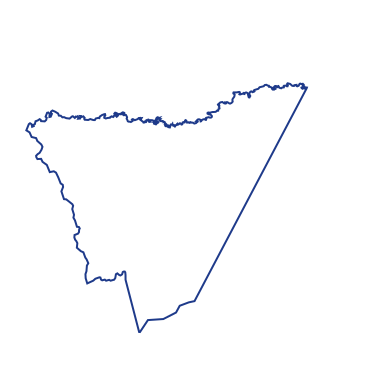 the district of Aceguá, Cerro Largo, Uruguay, rotated 73°
{"feature_id": "84410073B6991751353050", "entity_name": "Aceguá", "entity_type": "district", "adm_level": 2, "iso_a3": "URY", "parent_name": "Uruguay", "parent_adm1": "Cerro Largo", "projection": "equal_earth", "projection_center": [-54.46, -31.833], "detail": "fine", "context": "isolated", "style": "outline", "palette": "blue", "viewbox_px": 384, "rotation_deg": 73, "n_neighbors": 0, "source": "geoboundaries", "source_scale": "gbopen_adm2", "svg_char_len": 5979}
<svg xmlns="http://www.w3.org/2000/svg" viewBox="0 0 384 384"><g transform="rotate(73 192 192)"><path d="M297.1,221.5L126.4,52.1L125.7,51.6L125.4,52.3L125.9,54.0L124.9,54.7L124.8,55.2L125.6,55.8L125.6,56.1L124.6,56.8L124.1,56.8L124.0,56.4L124.6,54.4L124.3,53.6L123.8,53.7L123.7,54.4L123.3,54.8L122.4,54.8L121.9,53.9L120.9,54.4L120.9,55.8L120.1,56.5L120.0,57.4L121.6,59.0L121.7,60.5L121.3,60.9L120.1,60.7L119.8,62.4L119.8,62.9L120.3,63.0L120.4,63.4L120.0,64.6L119.6,65.2L117.4,66.5L116.0,68.7L116.2,69.2L116.7,69.2L117.2,69.8L118.1,69.2L118.8,69.7L118.6,70.4L117.8,70.9L117.3,72.9L117.5,73.3L118.3,73.3L118.8,73.6L118.5,75.2L118.9,76.4L117.9,77.9L115.9,78.4L115.9,78.9L116.7,79.6L116.4,80.1L115.4,80.4L115.0,81.2L115.0,82.0L115.5,82.6L116.0,83.8L116.4,84.0L116.6,83.4L117.1,83.3L117.3,82.9L117.0,82.1L117.6,81.8L117.8,81.9L117.8,82.9L118.1,83.6L117.7,84.8L117.1,85.2L115.3,85.4L114.2,86.6L114.0,87.5L112.9,87.4L112.4,88.5L111.3,89.4L111.1,90.3L111.0,91.2L111.8,92.5L111.6,96.8L112.7,98.4L112.7,102.6L113.1,103.2L114.0,102.9L114.2,103.4L114.2,105.0L113.4,105.5L113.1,105.9L113.1,106.4L113.6,107.5L114.4,108.2L115.0,108.6L117.2,108.2L118.4,109.4L118.2,109.9L117.7,110.1L113.8,109.9L112.8,110.8L112.6,111.5L112.7,112.5L113.7,113.2L113.6,113.5L112.5,113.8L112.8,114.8L112.8,117.6L112.4,118.1L111.3,117.2L110.4,117.2L110.1,117.6L109.8,120.2L108.9,123.1L109.5,123.6L110.0,123.6L111.2,122.7L112.1,123.1L113.2,123.7L114.8,125.8L115.6,126.4L117.5,126.7L118.4,128.2L118.6,129.8L118.0,130.6L116.5,131.8L116.2,132.7L116.8,133.1L115.9,134.3L116.2,134.6L116.6,134.2L117.1,134.3L116.7,135.2L114.8,136.7L114.6,138.7L115.9,141.6L116.5,141.5L116.9,140.6L117.5,140.6L118.5,141.4L118.9,141.1L120.2,141.3L120.6,142.6L121.9,143.2L121.8,143.9L121.5,144.2L122.2,145.7L122.2,146.4L121.5,149.1L121.4,151.8L120.8,152.9L120.8,153.9L121.2,154.2L121.7,154.2L122.7,153.1L123.4,151.6L125.0,150.8L125.9,151.0L126.4,152.0L126.2,153.0L125.3,154.3L125.2,156.9L125.5,157.3L126.0,156.8L127.1,157.5L127.0,157.9L126.1,158.7L125.8,159.9L126.0,161.3L127.0,162.6L127.0,163.1L125.4,162.9L124.6,163.8L124.3,164.8L124.5,165.6L125.4,167.1L125.7,166.1L126.2,165.9L126.6,166.3L126.7,167.0L127.3,168.0L127.2,169.8L125.9,170.9L125.6,172.0L124.7,173.0L124.7,173.5L125.2,173.8L125.1,174.4L124.3,175.0L124.2,176.4L122.0,176.6L121.4,177.1L121.6,177.7L123.3,178.6L123.3,179.0L122.6,179.8L122.7,180.3L122.8,180.6L124.0,181.1L124.5,181.9L124.4,182.4L123.2,182.8L122.8,183.3L122.7,183.9L123.3,184.6L123.5,185.7L122.4,186.0L122.7,186.6L123.3,186.9L123.5,187.6L123.2,188.6L124.2,188.9L124.4,189.2L123.6,189.7L123.2,190.4L122.5,190.1L122.0,190.9L121.1,190.8L121.8,191.7L121.3,192.6L122.4,193.5L122.0,194.5L122.6,194.6L123.3,193.9L123.8,194.3L123.0,195.8L122.1,196.2L121.4,195.9L121.4,196.6L121.0,197.1L121.5,197.7L121.2,198.1L120.5,198.2L119.8,196.7L119.2,197.0L119.2,197.4L118.9,198.1L118.0,197.6L117.1,197.7L116.8,198.1L116.8,199.0L115.9,198.9L115.4,199.6L115.3,200.8L114.4,202.0L114.0,202.1L113.1,200.8L112.6,202.1L111.9,202.1L111.6,201.6L111.6,202.8L110.5,202.9L110.6,203.8L111.2,204.7L111.7,204.9L112.4,204.6L112.4,205.7L112.8,205.9L113.6,205.7L114.8,204.1L115.6,203.9L115.9,204.6L115.3,205.2L115.2,206.1L116.6,206.3L116.8,206.7L115.5,208.4L114.8,208.2L114.9,207.0L113.9,207.3L113.6,208.3L112.8,207.7L111.8,208.9L111.2,210.5L112.1,212.0L112.6,211.6L112.5,212.4L111.7,212.6L110.3,212.2L109.9,212.7L110.1,213.1L110.5,213.1L110.4,214.2L110.0,214.6L110.6,215.3L110.7,216.0L111.2,215.8L111.5,215.3L111.7,215.5L111.5,216.4L111.6,217.6L111.4,218.1L110.7,218.2L107.5,220.5L107.1,220.1L107.2,219.2L106.6,218.6L106.4,219.8L106.0,219.9L106.0,220.3L106.4,220.4L105.8,220.8L105.7,221.4L106.4,222.6L106.6,225.7L105.2,227.0L104.9,227.7L105.2,228.2L105.9,227.7L106.7,228.0L107.2,230.0L106.8,230.4L106.2,232.0L105.6,232.7L103.7,232.8L102.8,233.1L101.5,232.2L99.1,232.6L98.7,233.2L98.7,234.7L97.8,235.4L97.4,235.0L97.3,233.8L96.6,233.6L96.0,234.2L95.6,234.9L95.8,235.9L96.9,237.2L96.8,237.5L96.2,237.6L96.2,239.1L97.6,241.0L98.0,242.0L97.3,242.3L96.5,241.7L96.2,241.4L96.1,240.3L95.6,240.0L93.9,241.8L93.7,242.4L94.3,243.3L95.6,242.7L96.3,242.9L96.5,243.2L96.1,244.1L97.1,245.1L96.7,245.4L96.8,246.3L96.2,246.8L96.4,247.3L96.3,248.0L97.0,248.7L96.5,251.3L96.5,252.9L95.4,254.2L94.6,254.0L93.4,252.5L92.1,252.4L91.9,253.3L92.2,254.1L92.0,255.1L92.9,258.1L94.3,259.0L93.7,260.1L93.6,262.6L94.8,263.9L94.3,265.4L92.5,268.0L92.8,270.2L91.5,273.5L90.5,273.7L89.7,273.0L87.9,273.8L88.0,275.4L87.0,275.7L86.6,276.8L87.9,276.8L89.0,277.5L88.6,279.5L87.8,278.8L86.1,279.1L86.4,280.4L85.9,281.1L86.9,282.4L84.7,283.8L84.7,284.6L86.0,287.6L84.6,290.7L83.0,292.5L82.7,294.1L80.7,295.2L80.0,297.0L77.8,297.1L75.1,299.5L73.3,301.6L73.9,303.3L75.2,303.8L76.3,303.1L78.7,305.1L78.6,306.4L75.5,305.3L74.0,306.1L73.9,307.4L77.2,310.0L78.5,309.2L80.5,310.4L81.4,312.2L80.1,315.6L78.8,315.6L77.8,316.4L78.5,318.7L78.6,320.9L81.2,322.5L81.4,324.3L82.7,324.1L82.9,325.8L80.3,325.6L78.9,326.8L79.4,328.2L84.6,332.4L87.5,329.9L92.5,329.3L94.9,325.3L98.0,325.0L102.5,322.2L105.1,321.8L107.6,323.6L110.0,326.3L110.7,328.6L111.8,330.5L113.2,330.7L115.3,330.2L116.2,326.6L119.5,326.1L123.7,322.9L131.4,322.2L131.8,318.1L133.7,316.4L139.0,315.6L145.4,315.1L147.3,313.5L149.5,313.8L153.2,316.7L161.4,316.5L162.3,314.4L168.7,310.0L170.4,309.7L173.3,311.5L179.3,311.5L181.9,312.9L185.0,312.2L191.6,312.2L192.4,310.4L194.0,310.0L195.1,311.0L197.3,311.8L198.5,313.2L198.8,316.9L201.1,317.8L203.4,317.7L205.1,317.0L207.4,316.6L211.6,318.4L216.1,315.6L217.9,313.5L223.5,313.2L225.6,312.5L229.8,312.0L231.6,314.0L236.9,316.1L239.4,317.9L243.4,318.9L248.8,318.9L247.9,312.3L246.7,309.8L246.5,305.5L247.0,304.6L249.2,304.6L250.2,303.7L250.3,301.0L251.7,300.1L251.8,296.9L253.0,295.8L253.1,292.1L251.8,290.5L248.4,288.8L248.0,287.2L250.2,285.8L250.9,284.8L250.3,282.9L248.3,281.6L248.1,280.8L248.4,279.6L249.3,279.3L251.8,279.8L256.5,281.2L310.4,283.5L310.7,282.7L301.6,271.6L305.1,256.6L302.6,242.5L297.2,237.0L296.6,227.3L297.1,221.5Z" fill="none" stroke="#1e3a8a" stroke-width="2"/></g></svg>